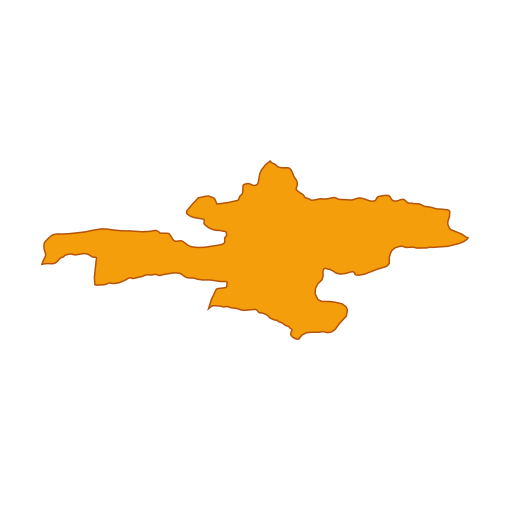 Colomba, Retalhuleu, Guatemala (Equal Earth projection), rotated 78°
{"feature_id": "79465075B28232035709765", "entity_name": "Colomba", "entity_type": "district", "adm_level": 2, "iso_a3": "GTM", "parent_name": "Guatemala", "parent_adm1": "Retalhuleu", "projection": "equal_earth", "projection_center": [-91.758, 14.698], "detail": "fine", "context": "isolated", "style": "filled", "palette": "amber", "viewbox_px": 512, "rotation_deg": 78, "n_neighbors": 0, "source": "geoboundaries", "source_scale": "gbopen_adm2", "svg_char_len": 6129}
<svg xmlns="http://www.w3.org/2000/svg" viewBox="0 0 512 512"><g transform="rotate(78 256 256)"><path d="M194.5,259.7L196.6,260.9L197.3,261.4L197.8,262.4L197.9,272.2L197.1,283.3L191.3,284.6L189.6,286.2L189.4,287.0L187.5,289.9L187.1,292.7L187.1,300.3L190.7,305.4L191.8,307.2L197.3,314.0L198.7,314.9L200.5,314.7L203.3,312.1L205.3,309.0L209.1,299.6L210.0,299.1L211.3,299.4L212.7,300.0L213.6,300.1L215.6,299.0L218.6,296.3L220.1,294.3L221.4,292.3L222.3,290.4L223.1,287.8L223.5,286.0L224.9,282.9L225.4,281.4L226.0,280.4L227.1,280.3L228.2,280.2L229.7,280.5L230.5,281.1L230.9,281.8L231.6,282.7L232.6,283.1L234.3,283.3L236.2,283.9L236.9,284.7L237.4,285.7L237.6,287.8L237.6,290.6L236.8,304.5L235.6,311.1L234.7,313.9L233.8,316.6L232.8,318.5L231.3,320.4L227.6,323.6L226.5,324.6L225.7,325.9L225.3,327.2L225.1,330.3L224.9,331.5L224.3,332.5L223.1,333.6L216.4,336.1L215.8,336.9L215.4,337.8L213.8,344.7L213.2,345.5L212.2,346.1L211.3,347.0L210.4,348.0L210.1,349.1L209.7,355.6L208.6,362.4L205.0,375.0L203.7,381.2L201.2,389.3L200.4,391.4L198.7,396.1L197.4,400.9L196.9,409.5L196.9,418.5L195.3,434.3L194.1,441.8L193.2,445.4L193.0,447.3L193.0,449.5L193.4,451.5L195.0,454.5L196.5,456.9L198.1,459.1L198.9,460.1L199.8,460.6L201.5,461.2L203.6,461.6L205.6,461.8L210.6,461.3L211.9,461.7L213.2,462.5L216.0,464.9L219.6,467.2L219.6,465.0L219.8,464.1L219.9,462.1L220.1,461.4L220.7,458.9L221.1,457.4L221.3,456.3L221.3,454.9L221.1,453.7L220.5,452.3L219.8,451.2L218.7,449.8L217.6,448.3L217.1,447.1L217.0,445.3L216.7,444.4L215.8,442.9L215.6,442.2L215.4,441.2L215.4,439.8L215.4,437.8L215.6,436.3L216.3,435.0L216.7,434.3L217.0,433.6L217.4,432.2L217.6,428.8L217.7,426.1L217.9,423.7L218.3,422.3L218.8,421.1L219.2,420.3L220.2,419.0L222.3,416.9L223.2,415.8L223.5,414.2L224.0,413.0L224.6,412.4L243.8,418.7L250.7,419.5L251.2,418.2L252.0,414.1L252.6,410.0L252.5,409.0L252.4,408.2L252.2,407.4L251.9,405.3L252.1,404.3L252.9,402.5L253.3,401.1L253.5,399.4L253.6,395.2L253.5,394.3L253.0,391.9L252.7,390.2L252.5,389.4L252.2,388.1L251.6,386.6L251.2,385.2L251.1,383.8L251.5,382.9L252.3,381.4L252.5,380.5L252.5,378.8L252.3,374.8L252.4,371.5L252.2,370.6L251.7,368.5L251.7,367.3L251.7,366.4L252.7,362.8L252.9,361.5L252.9,359.6L253.0,358.7L253.2,357.7L253.9,356.3L254.7,355.3L255.0,354.4L255.1,353.4L255.0,351.7L254.9,350.9L254.9,349.7L255.0,347.4L255.2,344.2L255.4,341.1L255.4,340.1L255.6,339.0L255.9,337.8L256.4,336.3L256.7,335.3L257.2,334.2L257.6,333.5L258.3,332.7L261.4,329.9L262.0,329.2L262.6,328.3L263.0,327.4L263.4,326.4L264.4,322.4L265.1,320.5L265.8,319.4L266.4,318.4L267.5,315.5L268.4,312.9L269.4,307.9L270.0,305.6L270.6,303.9L271.6,301.2L273.0,297.7L273.7,295.5L274.7,290.8L275.7,289.6L279.9,291.1L280.4,291.5L280.6,292.2L280.2,297.5L280.0,299.0L280.0,300.0L280.1,301.3L280.6,302.1L284.6,305.0L289.1,308.6L297.7,313.4L295.9,309.9L295.7,308.7L296.0,306.9L297.1,302.9L297.5,301.5L297.9,300.6L298.9,298.9L299.2,297.9L299.3,295.5L299.5,294.6L300.3,293.1L301.0,291.9L301.4,291.1L302.0,289.6L302.6,287.6L303.1,286.1L303.8,284.9L305.5,282.1L306.3,280.2L306.6,279.3L307.0,276.5L307.9,268.9L308.1,268.0L308.3,267.3L309.2,266.3L310.7,265.5L311.5,265.2L312.1,264.6L313.1,261.6L314.5,259.5L315.4,258.2L316.3,257.3L316.9,256.8L318.0,256.2L319.0,255.6L319.7,254.9L321.1,253.2L321.5,252.6L322.4,251.2L323.0,249.7L323.3,248.7L324.1,248.2L325.1,247.4L325.6,246.4L326.9,244.3L327.5,243.6L328.6,242.9L329.2,242.4L330.4,241.0L331.7,238.7L332.6,238.2L333.2,238.1L334.8,236.5L335.5,236.1L336.2,236.3L338.4,237.9L339.4,238.3L340.8,238.2L341.8,237.7L342.6,237.3L344.4,235.6L344.9,234.8L345.8,233.4L346.0,232.1L345.9,230.7L345.3,230.7L342.8,227.2L341.6,223.0L342.0,218.1L343.6,210.7L343.9,206.2L345.9,201.7L345.9,197.6L344.2,193.7L339.7,188.8L333.5,180.1L327.6,177.8L324.2,178.6L321.8,180.8L320.8,181.5L317.5,188.6L315.9,193.1L314.1,201.1L311.5,204.5L305.1,206.0L299.9,204.4L296.1,201.4L293.1,196.6L289.8,194.6L284.5,193.6L282.6,192.1L282.5,190.5L284.1,188.0L284.2,186.9L287.1,183.2L288.7,182.0L291.2,177.6L291.7,171.9L291.4,167.9L291.3,164.7L292.8,163.1L294.4,163.0L295.4,162.1L296.2,158.8L296.3,153.5L294.2,140.3L293.5,132.4L293.2,130.2L291.1,127.2L285.0,125.9L281.7,124.2L278.8,121.9L277.0,118.5L276.5,114.9L276.7,111.3L278.9,107.3L279.9,100.7L281.7,97.0L283.6,87.3L283.6,83.2L284.2,82.0L286.4,66.4L286.1,57.6L286.1,55.8L285.6,52.3L285.2,50.3L284.3,47.8L283.3,45.7L282.4,44.8L281.1,46.8L277.4,50.1L270.9,59.7L269.0,61.0L266.9,61.5L264.4,61.8L261.4,60.8L258.5,59.0L256.6,58.2L252.6,57.2L251.5,57.8L250.6,59.3L248.7,64.9L247.5,69.6L244.7,74.7L242.6,80.6L240.2,83.8L238.9,85.6L238.3,88.1L237.5,91.3L236.9,91.9L236.7,92.8L236.2,95.1L235.8,96.0L235.3,96.6L234.5,97.3L233.3,98.1L232.3,98.8L231.6,99.5L231.2,100.3L231.0,101.2L231.0,101.9L231.4,106.3L231.4,107.5L231.2,108.6L230.8,109.5L230.3,110.4L229.5,111.2L228.5,111.8L226.5,112.4L225.6,112.8L224.9,113.2L224.4,113.9L224.1,114.8L223.8,115.8L223.6,116.8L223.5,118.1L223.3,120.8L223.3,123.4L223.4,124.5L224.0,125.4L224.5,125.9L225.5,126.6L226.5,127.8L226.7,129.0L226.7,129.8L226.5,130.9L226.1,132.3L225.0,134.5L223.3,137.2L221.9,139.7L220.9,142.0L220.7,143.0L220.6,144.1L220.8,146.8L221.1,149.0L221.1,150.4L220.9,151.7L220.7,152.6L219.4,157.1L218.2,161.8L217.5,163.5L216.7,164.8L215.6,166.0L215.2,167.0L215.0,167.7L214.9,173.0L214.7,175.9L214.5,177.1L214.1,178.8L213.6,180.4L213.4,181.4L213.3,182.9L213.4,184.4L213.3,187.8L213.1,189.7L212.7,190.5L212.0,191.4L211.3,192.0L210.8,192.7L210.4,193.5L209.7,194.8L209.2,195.6L208.7,196.0L207.1,196.6L206.0,197.1L205.0,198.0L202.7,200.3L201.0,201.8L200.1,202.5L199.5,202.7L198.8,202.7L198.2,202.5L197.4,202.2L194.9,200.8L193.8,200.5L192.9,200.4L191.8,200.5L189.7,200.9L186.6,202.2L181.2,203.3L179.4,203.7L178.0,204.4L176.7,205.6L176.4,206.5L176.0,207.9L175.7,209.5L175.1,212.2L174.1,214.9L173.5,215.7L172.8,216.4L171.8,217.2L170.8,217.8L170.2,218.4L169.2,219.7L168.5,220.7L167.7,221.5L166.0,222.5L168.9,227.9L171.8,231.4L173.1,232.8L174.8,234.1L176.8,235.4L184.1,238.4L185.4,239.1L186.4,240.3L186.7,241.3L186.7,242.3L186.6,243.5L185.8,244.9L184.0,247.4L183.5,248.7L183.3,250.5L183.5,252.4L183.8,253.4L184.4,254.0L191.0,255.7L192.4,256.7L194.5,259.7Z" fill="#f59e0b" stroke="#b45309" stroke-width="1.5"/></g></svg>